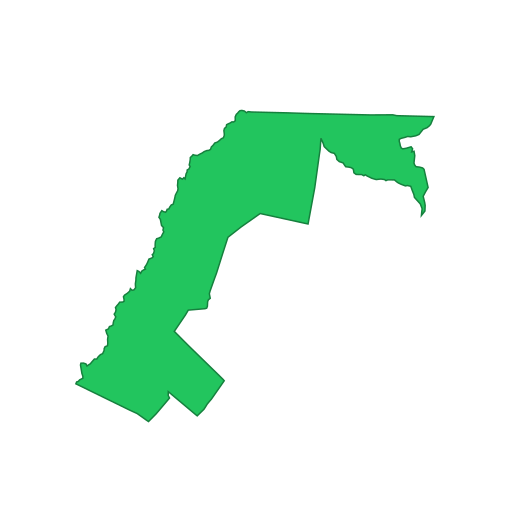 the district of Itaipava do Grajaú, Maranhão, Brazil, rotated 349°
{"feature_id": "56859067B17449288962425", "entity_name": "Itaipava do Grajaú", "entity_type": "district", "adm_level": 2, "iso_a3": "BRA", "parent_name": "Brazil", "parent_adm1": "Maranhão", "projection": "robinson", "projection_center": [-45.67, -5.218], "detail": "fine", "context": "isolated", "style": "filled", "palette": "green", "viewbox_px": 512, "rotation_deg": 349, "n_neighbors": 0, "source": "geoboundaries", "source_scale": "gbopen_adm2", "svg_char_len": 3809}
<svg xmlns="http://www.w3.org/2000/svg" viewBox="0 0 512 512"><g transform="rotate(349 256 256)"><path d="M93.9,313.2L93.1,315.8L90.6,316.2L89.3,317.9L88.9,319.7L86.8,322.6L84.6,323.1L83.1,324.0L81.6,325.1L80.0,326.8L77.7,326.3L74.5,328.8L72.8,330.2L70.7,331.0L69.1,331.7L68.5,329.5L66.2,328.2L63.7,327.8L62.9,329.5L62.8,334.1L62.7,338.1L63.1,341.1L62.7,343.0L59.3,343.9L57.6,345.2L55.9,345.4L54.8,347.1L102.9,383.4L109.3,388.0L113.7,392.6L116.6,395.7L118.9,398.0L127.7,392.0L141.7,380.8L144.0,378.9L143.2,376.3L144.0,372.4L166.5,400.2L167.8,401.7L175.7,396.5L177.9,394.2L179.7,392.2L182.6,389.8L184.9,388.0L201.0,372.4L200.1,370.8L197.3,366.7L172.4,330.8L168.9,325.6L161.4,314.4L175.5,300.4L179.2,296.2L195.9,298.0L197.6,297.8L198.7,296.1L199.8,291.6L200.9,289.9L203.0,288.8L203.0,284.1L204.2,281.7L210.8,270.5L213.9,265.4L224.0,246.8L232.0,232.3L233.9,231.3L247.0,224.6L268.2,215.1L310.6,233.4L313.2,234.5L326.7,200.2L337.7,168.1L339.3,163.6L342.2,152.8L342.6,154.5L343.5,158.5L343.8,161.6L347.6,167.0L349.5,168.8L352.5,170.2L353.8,173.6L353.8,176.6L355.8,179.3L357.5,180.2L359.3,181.3L360.3,183.8L361.1,185.5L363.9,186.4L366.4,187.5L368.1,189.3L368.0,193.0L369.8,195.0L372.7,195.7L375.3,196.2L377.2,197.8L378.8,197.1L380.4,198.7L382.6,200.3L384.2,201.6L386.4,202.8L388.6,203.9L391.4,204.1L393.3,204.3L395.1,204.9L396.8,205.5L397.9,206.8L399.8,206.4L406.4,207.7L408.4,210.2L409.6,211.4L412.0,213.2L416.0,215.7L418.1,215.7L421.2,217.1L421.6,219.5L421.9,221.6L422.7,225.7L422.7,228.7L424.2,231.2L427.2,236.2L428.1,241.3L427.0,244.7L426.1,247.8L430.4,244.1L431.7,238.6L431.8,235.8L431.5,229.3L434.7,225.3L438.0,221.6L437.5,203.0L436.4,201.4L434.7,200.5L433.1,199.8L430.2,198.9L429.2,197.2L428.8,194.9L431.0,187.8L431.1,183.3L428.7,183.5L430.2,180.6L429.1,178.4L424.1,178.9L420.5,178.8L419.2,177.7L418.7,175.4L418.7,172.8L418.5,170.7L418.9,168.8L421.0,168.2L424.7,168.0L427.7,167.6L430.6,168.5L435.7,168.5L439.2,167.8L444.2,163.5L448.4,162.7L451.2,161.2L452.7,159.9L457.2,153.1L422.7,145.5L420.9,145.1L417.2,143.5L395.4,139.4L337.7,126.8L329.6,125.0L313.8,121.4L279.1,113.8L275.8,112.8L273.9,113.5L272.3,111.5L269.9,110.4L268.0,110.3L266.6,111.1L265.2,112.3L263.7,113.2L262.1,115.5L261.5,119.2L259.6,120.2L258.0,119.7L256.0,120.5L253.8,121.0L252.2,121.5L251.3,123.7L249.4,124.7L248.4,126.8L248.2,129.6L247.9,131.5L246.6,133.7L244.3,134.3L242.2,135.6L239.9,136.8L237.1,137.2L234.8,139.3L233.0,140.4L231.7,142.7L229.8,143.3L227.9,143.1L225.1,143.6L222.9,144.6L220.6,145.2L217.7,146.2L215.0,145.3L213.6,144.5L212.1,145.7L210.3,146.8L209.8,148.9L208.9,151.4L207.8,153.9L208.4,155.6L206.7,157.8L204.9,158.4L204.4,160.3L203.1,161.9L202.3,163.8L201.1,166.8L200.1,165.4L198.4,166.5L196.2,164.7L193.8,166.6L193.1,169.5L192.4,171.7L192.3,175.1L191.5,177.1L190.0,178.9L188.4,181.0L187.7,182.7L186.5,185.4L185.3,187.9L184.5,189.4L182.6,189.7L180.6,191.6L179.4,193.2L177.7,193.2L176.8,194.7L175.6,195.8L173.6,194.8L172.2,193.5L169.9,195.8L169.2,197.5L168.1,199.5L169.1,201.8L169.1,205.1L169.1,208.0L170.6,210.5L169.6,212.8L170.1,214.7L168.2,216.9L166.7,219.1L163.8,219.9L161.8,220.1L160.1,222.3L159.5,224.3L159.0,226.4L158.7,228.4L156.9,229.2L157.2,231.5L155.8,234.1L154.4,234.9L155.0,237.0L153.6,238.0L150.3,238.6L148.7,241.1L147.7,242.5L146.3,244.2L144.4,246.0L144.9,247.8L143.0,248.2L140.9,249.1L139.4,251.0L138.1,248.8L136.6,247.7L135.3,251.1L134.0,254.5L133.5,256.8L132.3,260.2L132.0,262.1L131.8,264.1L129.7,266.0L127.8,266.0L126.5,264.1L125.3,266.4L122.5,268.1L119.5,269.3L118.1,270.7L118.2,273.1L117.9,275.2L116.4,275.8L113.4,275.3L111.6,277.0L110.0,278.2L108.2,279.8L108.4,282.0L107.3,284.4L105.7,286.0L106.7,289.0L105.4,291.0L104.1,292.2L103.1,294.4L102.5,296.4L100.5,297.1L98.7,297.3L97.2,299.4L94.4,300.1L94.7,303.5L95.5,306.4L94.4,309.5L93.9,313.2Z" fill="#22c55e" stroke="#15803d" stroke-width="1.5"/></g></svg>